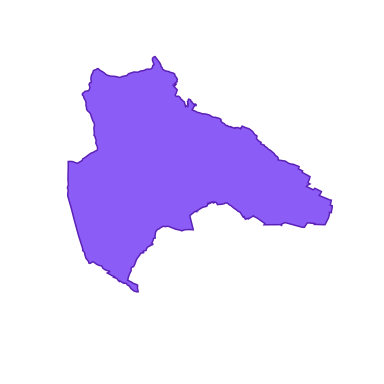 the district of Joseni, Harghita, Romania, rotated 21°
{"feature_id": "2599482B15919593836564", "entity_name": "Joseni", "entity_type": "district", "adm_level": 2, "iso_a3": "ROU", "parent_name": "Romania", "parent_adm1": "Harghita", "projection": "robinson", "projection_center": [25.38, 46.684], "detail": "fine", "context": "isolated", "style": "filled", "palette": "violet", "viewbox_px": 384, "rotation_deg": 21, "n_neighbors": 0, "source": "geoboundaries", "source_scale": "gbopen_adm2", "svg_char_len": 5991}
<svg xmlns="http://www.w3.org/2000/svg" viewBox="0 0 384 384"><g transform="rotate(21 192 192)"><path d="M177.5,304.4L175.7,301.6L175.1,300.2L174.8,298.9L174.6,298.5L173.6,298.3L172.7,298.2L172.4,298.4L171.9,298.3L169.6,298.3L168.1,297.8L164.5,297.5L163.8,297.6L163.5,297.0L163.4,295.6L163.0,294.6L163.2,293.2L163.0,292.0L163.0,291.4L163.4,287.4L162.4,285.1L163.0,283.6L164.2,282.6L164.5,279.8L164.3,278.1L164.5,277.1L164.3,275.8L164.8,272.6L165.3,271.7L165.4,270.6L165.9,269.3L165.8,268.4L166.3,267.4L168.6,266.0L168.5,265.7L167.8,265.3L168.1,264.1L168.8,263.9L169.9,263.2L170.1,262.7L169.9,261.6L169.9,260.9L170.4,259.2L172.1,257.3L172.4,256.6L173.8,255.6L174.2,254.8L174.0,254.5L173.2,254.6L172.9,254.3L172.8,253.9L173.0,252.3L172.9,251.1L172.8,249.2L173.1,248.7L174.0,248.4L173.8,247.3L173.3,246.8L172.3,241.9L173.4,239.2L174.8,237.8L175.3,236.7L177.4,234.3L179.8,233.8L181.5,232.7L182.3,232.5L190.2,232.6L194.4,231.9L195.7,231.8L196.2,232.0L196.9,231.5L198.2,230.3L200.3,229.1L203.9,227.7L206.7,226.8L199.2,216.0L198.5,214.9L198.5,214.3L199.4,213.4L199.6,213.0L199.5,212.7L200.6,211.2L201.1,209.9L201.5,209.5L201.6,209.3L202.4,209.0L202.5,208.8L202.8,208.9L203.0,208.6L203.3,208.6L203.2,208.4L203.4,208.4L203.3,207.8L203.8,207.6L203.7,207.5L205.3,205.2L207.4,202.5L210.0,200.7L210.8,200.0L211.1,199.4L210.9,197.7L211.0,197.3L211.7,197.2L211.4,196.7L211.7,196.8L211.9,196.3L212.7,196.1L212.6,195.9L212.8,195.6L212.7,195.5L212.8,195.2L213.5,195.3L213.9,194.5L214.5,194.4L214.7,194.1L214.8,194.4L215.2,194.2L215.4,194.4L215.9,194.5L215.9,194.2L216.3,194.0L216.3,193.7L216.6,193.9L217.0,193.7L216.9,193.2L218.6,193.1L220.3,194.7L221.1,194.2L223.7,193.0L226.2,191.5L226.7,190.7L227.4,190.2L229.0,189.7L231.5,190.6L233.4,190.8L237.0,192.1L240.2,192.8L241.7,193.5L244.0,193.6L245.1,194.3L248.9,197.2L249.1,197.2L249.5,196.4L251.5,198.3L252.2,197.4L252.6,197.6L253.8,196.5L254.3,196.9L257.8,192.3L258.1,192.7L259.8,192.7L262.8,193.1L271.3,195.3L271.0,196.8L286.0,190.9L287.6,191.1L287.5,190.6L286.9,190.2L289.5,187.5L290.8,187.1L307.6,185.4L309.1,184.9L309.6,184.6L310.7,179.5L317.8,177.4L317.8,178.4L327.9,174.9L328.7,167.4L328.4,164.4L328.1,162.7L327.6,161.7L329.5,161.3L329.2,160.5L328.4,156.1L327.8,154.5L325.9,154.9L325.0,149.7L323.5,150.0L311.9,149.7L312.6,147.2L312.6,145.2L305.4,144.5L304.4,146.5L296.9,145.8L297.5,144.2L298.7,143.0L299.3,142.2L296.9,141.8L297.0,137.6L296.8,137.2L296.7,135.4L287.8,134.2L287.7,132.7L283.1,132.3L282.9,129.9L276.5,129.8L276.5,130.1L272.1,130.6L267.8,129.7L267.7,129.8L261.0,131.2L260.3,129.5L259.1,128.5L256.7,128.0L256.1,127.4L254.5,126.5L250.3,125.0L248.1,124.7L245.8,123.7L243.4,123.2L242.9,122.4L238.7,122.4L238.7,120.9L235.9,120.4L233.0,119.1L232.7,116.7L232.3,116.2L230.0,115.9L226.8,113.7L222.6,112.5L218.9,112.7L215.2,112.5L214.9,114.1L214.5,114.7L214.7,114.9L214.8,114.8L214.9,115.0L214.5,115.2L214.5,115.6L213.9,115.3L213.2,115.4L212.8,115.6L212.3,115.4L211.5,115.4L210.7,116.0L209.9,116.1L209.7,116.3L209.6,116.8L209.3,116.8L209.1,117.0L208.8,116.9L208.7,117.3L207.0,117.2L205.6,117.4L205.5,117.2L205.1,117.4L204.4,117.1L203.9,117.6L203.6,117.6L203.2,117.8L202.9,117.6L202.2,117.6L200.9,117.3L200.5,117.8L200.2,117.7L199.0,117.5L198.3,116.9L197.5,116.6L195.2,116.3L194.3,115.9L193.5,115.3L193.6,115.0L193.2,114.7L193.1,114.0L192.8,113.7L190.5,113.5L187.0,113.9L185.0,114.6L184.2,114.6L180.9,113.9L178.0,114.1L175.4,114.6L174.2,115.2L170.1,115.4L168.8,115.7L165.6,115.3L163.1,115.4L162.7,115.3L163.3,111.3L163.1,110.4L164.8,109.9L164.5,108.9L163.7,108.7L163.0,109.1L161.8,109.2L159.9,108.4L159.5,107.7L158.5,107.5L157.7,106.6L156.4,106.4L155.6,106.5L155.6,108.7L155.3,109.1L156.4,110.6L156.2,110.6L156.4,111.6L157.2,112.2L157.4,113.8L155.6,113.6L155.3,114.5L152.5,110.6L150.8,110.2L149.9,109.6L148.1,109.2L147.5,108.3L145.6,107.5L144.6,107.5L143.8,108.3L142.8,108.3L141.6,107.6L141.8,105.5L141.6,101.9L137.7,100.1L136.2,99.0L137.3,98.2L138.1,98.5L138.6,96.9L136.9,96.8L138.6,94.3L138.0,93.4L138.0,92.2L136.6,90.8L134.5,89.6L133.6,88.1L132.0,87.7L130.1,87.8L128.5,88.2L127.8,87.8L127.2,87.8L124.4,88.4L123.0,88.4L120.6,87.9L119.5,86.6L117.8,85.6L117.5,84.7L115.5,82.9L109.0,78.8L108.4,79.2L107.6,80.2L107.3,81.4L107.5,82.3L108.1,83.5L110.8,86.5L110.8,86.9L110.1,87.8L110.3,90.2L110.0,91.3L109.4,92.0L108.7,92.5L106.6,93.1L105.2,94.0L104.2,95.2L102.0,96.8L100.7,97.4L98.5,99.6L95.3,100.6L94.1,101.2L93.3,102.1L90.9,103.8L90.1,104.9L89.7,106.1L89.3,106.7L85.7,109.0L84.8,109.9L83.6,110.8L82.6,111.2L80.7,111.3L78.2,111.8L74.4,113.0L71.5,113.3L69.6,113.1L67.8,112.4L65.2,111.7L62.5,111.4L60.4,110.5L59.9,110.5L59.3,110.9L58.8,111.8L56.5,113.9L56.6,116.5L56.3,118.6L56.3,119.5L56.5,120.1L56.7,121.5L57.3,123.2L58.7,125.7L58.4,126.2L57.5,126.7L57.3,128.4L59.2,130.9L59.4,133.4L59.4,133.9L59.1,134.3L57.8,135.3L56.0,136.4L55.6,137.4L54.6,139.0L54.5,139.5L54.6,140.1L54.9,140.7L56.3,141.4L57.7,143.3L58.8,144.0L60.5,145.7L61.6,147.8L61.9,149.2L62.8,150.2L64.0,152.6L65.3,153.6L67.0,154.2L68.5,154.9L69.9,156.0L70.4,157.0L74.1,161.3L75.8,162.5L77.2,165.0L77.2,166.3L77.4,167.1L77.7,168.0L79.8,172.2L80.2,174.3L81.9,175.0L82.2,176.2L83.2,176.9L84.2,178.7L84.6,180.8L87.4,183.6L88.2,185.1L88.5,186.4L88.4,186.9L88.0,187.6L87.2,188.3L85.6,190.3L84.0,191.7L82.9,193.2L79.5,198.6L78.2,200.1L78.1,200.5L78.2,201.5L78.1,202.0L74.9,206.1L72.9,206.4L69.6,206.4L67.5,207.0L65.5,207.9L67.2,212.2L71.6,224.5L74.1,229.9L74.0,231.7L74.4,233.2L75.7,234.4L76.7,238.5L77.7,240.6L85.0,250.3L92.9,261.4L101.8,273.5L110.4,284.2L110.8,285.7L113.1,286.8L114.0,287.9L114.2,288.7L117.1,292.2L118.9,293.0L120.6,294.3L121.2,295.3L121.9,295.3L122.6,295.0L124.1,292.9L124.8,292.7L125.5,292.7L129.1,293.7L131.6,293.8L134.3,293.4L136.3,295.2L137.6,295.5L139.3,295.8L140.8,295.8L143.1,295.4L143.7,295.9L141.9,298.0L147.2,298.7L149.8,298.8L149.3,299.7L152.9,299.7L155.1,301.2L156.4,301.5L156.4,300.9L161.0,301.7L161.9,301.3L162.8,300.8L163.5,301.0L164.7,301.8L167.5,302.4L169.5,304.0L173.4,305.2L176.2,305.0L177.5,304.4Z" fill="#8b5cf6" stroke="#5b21b6" stroke-width="1.5"/></g></svg>